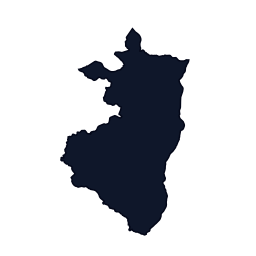 outline of Pante Macassar, Ambeno, East Timor, rotated 118°
{"feature_id": "22284137B41915999739632", "entity_name": "Pante Macassar", "entity_type": "district", "adm_level": 2, "iso_a3": "TLS", "parent_name": "East Timor", "parent_adm1": "Ambeno", "projection": "orthographic", "projection_center": [124.394, -9.27], "detail": "fine", "context": "isolated", "style": "filled", "palette": "ink", "viewbox_px": 256, "rotation_deg": 118, "n_neighbors": 0, "source": "geoboundaries", "source_scale": "gbopen_adm2", "svg_char_len": 5864}
<svg xmlns="http://www.w3.org/2000/svg" viewBox="0 0 256 256"><g transform="rotate(118 128 128)"><path d="M99.3,199.0L100.0,198.0L99.9,195.9L99.5,194.0L100.3,191.8L101.7,190.6L101.8,189.9L101.3,188.7L101.7,188.3L101.7,187.7L102.2,187.3L102.3,187.0L101.5,183.0L101.9,181.4L101.9,180.5L101.4,179.7L100.9,179.3L100.2,178.8L97.1,177.7L96.7,177.2L96.4,176.2L96.7,174.4L96.2,172.9L95.7,172.0L94.6,171.6L94.2,171.3L94.0,170.9L94.0,170.3L94.1,169.4L95.6,166.8L95.6,166.4L95.3,165.6L95.4,164.5L96.1,163.5L97.0,163.5L98.9,162.8L100.1,162.7L100.6,163.1L102.2,165.0L102.6,166.4L103.1,166.4L103.5,166.0L104.2,164.7L105.0,164.3L106.4,164.5L110.6,163.6L111.0,163.3L111.9,163.7L112.6,163.8L115.1,161.9L115.2,161.3L115.0,159.5L115.0,159.2L116.1,157.9L116.1,157.0L114.9,153.9L115.1,152.8L115.0,152.1L114.1,151.1L112.4,150.5L112.2,150.1L112.0,148.5L112.7,146.7L112.9,145.5L112.6,144.1L112.9,143.7L115.8,142.9L119.2,142.6L120.0,142.4L120.3,141.9L119.9,141.1L120.0,140.7L120.6,139.9L120.6,139.2L120.9,138.8L122.1,139.0L122.6,139.3L122.9,140.2L123.0,141.4L123.2,142.1L123.0,143.0L123.2,144.8L123.4,145.5L125.6,147.4L126.5,147.9L126.8,148.4L127.8,148.7L130.1,147.8L131.9,147.3L133.3,147.4L135.3,149.3L135.6,150.9L135.9,151.3L139.6,154.3L140.4,154.8L141.3,155.0L143.7,154.8L145.1,154.9L146.5,155.7L147.0,156.6L148.7,158.5L149.7,158.8L150.3,158.1L150.7,158.1L151.2,158.5L151.2,159.4L151.8,160.3L151.9,161.4L151.9,161.8L151.1,163.1L150.5,164.7L150.6,165.1L150.7,165.6L151.4,166.4L151.8,167.4L152.2,167.7L154.5,168.4L154.9,169.2L155.2,170.3L155.5,170.7L156.2,170.6L156.8,170.1L158.2,170.0L159.1,171.5L159.1,173.0L159.7,173.9L160.9,173.6L162.4,174.2L162.6,174.4L162.7,175.3L163.9,176.6L164.1,176.4L164.6,176.4L164.9,176.0L165.3,175.8L165.6,175.7L166.1,176.0L167.0,175.4L167.7,174.6L168.3,174.6L169.0,175.3L169.6,175.4L171.4,173.6L172.1,173.6L172.6,173.8L173.2,173.4L174.3,173.3L176.4,173.6L176.9,173.4L178.2,172.4L178.6,171.5L179.7,171.0L180.5,171.3L181.4,171.2L182.0,171.9L182.6,172.3L183.4,171.6L183.8,170.9L184.7,170.7L185.1,171.3L184.8,171.8L185.0,172.5L185.5,173.0L187.5,172.3L187.9,172.0L188.0,170.8L187.4,170.3L187.2,169.9L187.4,168.5L187.9,168.0L188.3,167.9L188.3,167.0L188.7,165.5L188.0,164.1L188.9,162.6L188.4,161.1L188.6,159.5L188.8,159.1L190.2,158.5L190.6,157.9L191.1,157.8L191.4,156.9L192.0,156.2L192.2,155.4L193.0,153.7L193.4,153.4L194.3,153.4L195.2,153.9L198.3,154.9L198.6,154.8L198.9,154.0L199.3,153.5L199.9,153.1L201.6,152.4L202.0,151.7L202.4,151.4L203.3,150.0L203.9,148.4L203.9,146.7L203.6,145.9L203.6,144.3L201.6,142.0L201.3,141.9L200.6,139.2L199.3,137.8L199.0,137.0L199.1,136.6L199.5,136.3L199.6,135.8L199.4,134.9L199.8,134.4L199.7,133.5L199.5,132.9L199.7,132.2L198.7,129.0L198.5,127.8L198.6,126.6L199.5,123.9L200.6,122.2L202.1,120.7L202.9,119.1L203.7,115.0L204.0,114.4L204.6,114.4L205.1,115.0L205.6,115.1L206.2,114.8L206.5,114.3L206.5,113.7L205.8,113.0L205.8,111.7L205.4,109.5L205.9,108.7L206.1,107.7L206.9,107.1L207.2,106.7L206.9,105.2L206.5,104.4L206.7,103.9L206.2,103.0L206.2,102.3L206.3,101.4L207.2,100.7L207.5,100.0L207.2,98.4L206.7,97.7L206.4,96.9L206.5,95.4L207.0,94.3L206.9,93.0L207.6,91.8L207.4,90.8L207.8,89.8L207.5,88.3L207.9,86.7L208.2,86.2L208.2,85.5L209.9,84.6L211.0,83.5L211.3,82.9L211.9,83.0L212.4,82.4L213.3,82.3L213.2,81.3L214.1,80.6L214.2,80.1L214.4,79.9L215.9,79.4L216.7,79.5L216.6,79.0L217.1,78.7L217.5,79.0L217.8,78.8L217.7,78.1L216.4,77.5L215.6,76.9L215.6,76.7L216.2,76.4L216.2,75.4L216.5,74.5L216.2,73.5L216.2,72.2L215.3,70.7L215.4,69.8L215.1,68.8L215.3,66.5L214.7,65.0L214.7,63.5L214.4,62.9L213.5,62.4L213.3,62.1L212.3,62.5L210.9,62.2L209.0,60.7L208.2,60.7L207.8,60.9L206.5,61.2L202.4,59.6L200.9,59.2L198.9,58.4L194.4,57.1L193.1,57.0L190.6,57.4L188.2,58.5L184.8,57.6L180.4,57.5L179.3,57.6L177.8,58.1L175.3,59.6L173.5,60.2L172.6,60.7L170.2,61.2L169.4,61.6L167.8,63.2L166.6,64.7L165.1,65.6L163.9,67.7L162.7,68.3L162.0,68.9L161.3,70.4L160.8,71.1L159.9,71.7L159.1,71.8L157.2,71.3L157.2,71.0L156.8,71.0L155.3,71.3L154.7,71.6L153.6,73.0L151.2,75.1L148.4,75.6L146.6,76.1L143.9,77.4L142.4,77.8L140.6,78.9L139.9,79.0L138.1,78.6L134.8,78.4L133.1,78.6L130.9,78.7L127.4,77.5L122.9,76.9L121.5,77.2L120.5,77.0L117.0,77.4L114.0,77.5L113.0,78.1L111.7,78.3L110.5,78.9L106.0,80.3L105.1,80.1L104.2,79.3L103.2,78.9L101.9,78.9L99.7,79.3L98.9,79.7L98.0,80.5L96.5,82.4L95.4,86.3L94.8,87.2L93.2,88.7L92.6,88.9L92.0,88.7L91.2,89.0L89.6,90.2L88.1,91.0L86.2,91.2L85.1,91.5L79.4,94.4L76.0,96.0L70.1,97.0L67.5,97.9L66.5,98.8L65.7,100.7L63.8,103.6L62.2,105.2L61.0,105.4L59.9,104.9L58.3,104.5L56.2,104.3L54.9,104.7L53.8,104.7L51.6,104.2L50.6,104.4L47.7,105.6L45.8,105.6L44.6,105.9L42.7,105.7L41.0,105.8L39.4,106.3L40.5,108.5L41.0,108.9L41.7,109.2L42.7,110.3L44.2,113.0L44.4,114.1L44.7,114.9L43.6,117.9L43.4,118.7L45.1,121.5L45.0,122.6L44.3,124.5L44.3,125.1L44.5,125.6L45.9,127.9L46.4,129.6L47.7,130.3L48.0,131.3L50.5,134.3L50.4,135.4L50.6,137.2L51.4,138.1L51.6,138.9L52.2,139.6L52.8,141.4L53.5,142.2L53.8,143.3L53.7,144.5L53.4,145.3L53.6,146.1L53.1,147.3L53.6,148.0L53.5,148.5L52.7,149.3L52.4,150.2L52.2,151.1L52.3,151.5L52.7,152.0L54.1,152.6L54.5,153.4L54.3,153.7L52.2,154.2L51.4,154.6L50.4,155.7L48.6,156.9L47.3,157.4L44.6,157.9L43.4,158.5L42.3,159.5L41.6,160.4L40.8,161.7L40.2,163.8L39.8,166.7L38.2,170.7L48.5,171.9L49.1,171.7L50.0,170.5L50.4,170.3L51.7,170.5L52.6,170.4L53.1,170.7L54.3,169.8L56.7,168.5L57.1,167.0L57.7,166.2L57.9,164.5L58.5,163.6L59.0,163.5L64.3,168.7L65.3,171.8L67.0,174.5L68.6,174.6L69.1,174.4L69.2,174.2L69.4,172.9L70.0,170.7L69.9,169.9L71.5,165.4L71.5,164.3L73.4,161.4L74.2,160.6L75.2,161.4L76.3,160.7L78.5,161.8L79.9,161.8L81.6,163.9L83.8,165.5L84.2,166.0L85.2,167.3L86.3,169.5L86.5,171.4L86.2,174.4L86.1,177.5L85.5,178.7L83.7,181.1L83.4,181.9L83.4,183.4L84.0,185.7L84.3,187.7L85.0,188.5L92.0,192.4L92.5,192.9L92.8,193.5L93.6,193.6L96.0,195.9L97.5,196.7L97.7,197.3L98.2,197.5L99.3,199.0Z" fill="#0f172a" stroke="#020617" stroke-width="1.5"/></g></svg>